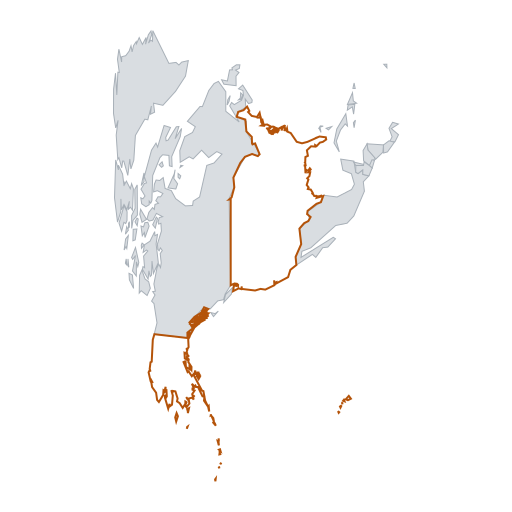 North America, with United States of America highlighted, rotated 270°
{"feature_id": "USA", "entity_name": "United States of America", "entity_type": "country or territory", "adm_level": 0, "iso_a3": "USA", "parent_name": "North America", "parent_adm1": "", "projection": "robinson", "projection_center": [-126.716, 45.186], "detail": "fine", "context": "in_parent", "style": "outline", "palette": "amber", "viewbox_px": 512, "rotation_deg": 270, "n_neighbors": 17, "source": "natural_earth", "source_scale": "50m", "svg_char_len": 13551}
<svg xmlns="http://www.w3.org/2000/svg" viewBox="0 0 512 512"><g transform="rotate(270 256 256)"><path d="M226.6,230.6L217.9,225.1L212.3,223.5L211.1,217.7L203.1,210.2L204.8,204.0L189.5,189.4L183.7,192.7L174.0,187.5L177.9,154.2L189.1,157.0L208.4,154.0L210.9,151.6L217.0,155.0L220.4,152.7L220.8,155.3L228.0,153.9L244.2,157.0L247.9,158.8L244.4,160.5L249.2,161.2L258.4,160.2L261.5,162.3L264.1,160.5L261.2,159.1L262.7,157.9L267.9,157.4L280.9,161.4L288.7,160.9L287.9,158.7L290.1,158.1L294.4,159.3L295.3,162.6L298.6,156.4L291.9,152.9L291.0,149.3L293.2,147.0L299.7,148.9L304.4,152.6L302.6,154.3L307.6,155.0L308.7,158.5L311.3,155.8L315.2,158.0L315.2,160.6L318.5,162.9L321.3,157.4L320.1,153.6L327.8,154.4L332.0,156.1L331.5,159.7L334.4,163.2L323.5,165.1L321.4,171.3L313.4,175.6L306.1,185.4L306.5,192.6L310.9,193.2L315.0,199.6L346.6,206.8L349.0,214.0L357.9,222.0L360.4,216.8L354.4,208.7L361.8,201.6L353.1,193.1L355.2,189.2L349.7,180.2L361.4,179.8L375.4,184.8L379.5,192.5L385.3,195.3L390.7,187.4L405.5,200.0L405.4,202.4L421.5,208.8L428.5,214.1L430.6,218.4L420.3,225.8L400.7,225.8L390.0,239.2L406.1,229.7L409.5,231.6L407.4,234.3L411.7,241.5L416.5,243.5L421.5,242.9L423.2,238.5L426.9,242.7L412.0,252.2L409.5,251.9L408.4,248.5L413.0,245.2L404.6,245.8L400.2,238.2L395.2,236.7L390.8,246.3L380.1,246.4L358.6,259.6L356.0,258.4L358.0,252.1L355.2,245.0L334.4,233.4L324.3,234.0L313.5,229.1L226.6,230.6ZM333.2,179.7L334.7,178.1L338.5,178.1L336.1,180.8L333.2,179.7ZM330.4,144.1L326.5,141.2L339.1,144.0L333.7,143.8L330.4,144.1ZM346.3,182.7L344.5,180.0L346.7,180.8L346.3,182.7ZM293.9,137.0L293.0,138.2L286.3,137.2L290.2,135.0L293.9,137.0ZM290.3,129.4L284.9,129.3L284.0,128.5L288.6,128.5L290.3,129.4ZM277.8,125.4L285.3,126.7L281.9,128.4L277.8,125.4ZM327.1,137.2L296.9,137.4L291.6,133.0L283.6,131.7L296.4,131.6L303.7,135.1L322.6,134.8L327.1,137.2ZM246.5,127.8L253.1,128.0L244.8,128.8L246.5,127.8ZM248.8,125.4L253.1,126.2L246.7,126.8L248.8,125.4ZM432.2,221.6L431.0,227.4L442.1,229.6L442.2,232.5L444.1,231.9L447.2,236.4L447.2,239.9L443.5,239.3L441.9,235.5L439.5,239.0L435.8,236.0L426.3,236.1L427.8,223.9L432.2,221.6ZM324.1,168.0L338.0,174.2L342.3,175.1L333.6,173.8L328.2,177.6L323.0,175.8L324.1,168.0ZM329.1,146.5L335.3,144.3L361.8,151.5L368.9,156.0L364.9,157.6L386.5,164.1L384.5,170.5L374.5,165.7L371.2,166.1L371.9,168.1L385.2,176.3L385.5,178.9L373.3,175.1L383.6,181.6L375.3,180.2L355.4,171.7L345.4,172.1L346.2,169.4L356.6,168.9L357.2,162.6L354.3,159.9L336.5,152.7L311.4,151.9L308.8,150.7L310.9,149.2L307.3,149.2L305.3,145.9L308.2,141.7L314.2,140.8L313.2,142.9L316.0,145.0L322.8,141.0L328.5,144.4L329.1,146.5ZM289.7,142.0L297.8,139.8L302.7,140.6L292.6,146.5L289.7,142.0ZM223.6,133.6L232.1,129.4L238.7,129.0L237.0,132.4L223.6,133.6ZM195.4,213.5L199.4,210.8L198.4,215.2L200.9,218.3L195.4,213.5ZM262.0,124.1L273.0,125.6L276.5,128.3L263.5,126.8L265.4,126.0L262.0,124.1ZM224.5,232.6L217.8,231.3L209.5,223.7L217.5,225.6L224.5,232.6ZM218.9,139.2L236.7,139.6L241.9,141.9L233.1,145.0L230.2,148.7L223.7,150.3L216.5,147.1L221.3,141.2L218.9,139.2ZM254.5,131.6L264.5,135.5L249.5,138.8L245.4,137.8L250.2,136.4L236.0,136.3L241.0,132.5L256.5,135.5L252.6,132.7L254.5,131.6ZM259.6,143.1L267.2,144.5L270.8,150.0L280.4,154.7L276.3,154.9L277.6,157.5L268.1,156.1L249.4,158.3L238.5,153.4L250.9,152.0L236.9,151.5L235.5,150.2L241.2,148.9L232.9,148.1L242.8,142.4L245.4,143.0L244.3,144.6L255.9,143.6L261.0,147.8L262.0,146.5L259.6,143.1ZM279.5,144.4L276.2,142.3L286.0,141.0L285.1,143.5L289.3,144.9L289.7,147.8L285.9,149.1L274.5,145.0L279.5,144.4ZM263.7,141.5L266.9,141.3L268.9,142.1L267.2,144.2L263.7,141.5ZM271.2,132.9L282.7,133.2L283.0,136.9L272.1,135.2L271.2,132.9ZM280.8,121.6L288.9,119.0L306.1,124.0L300.3,127.1L291.5,127.0L288.5,125.7L289.6,123.9L280.8,121.6ZM289.9,117.5L314.3,114.5L352.1,115.7L342.1,118.4L346.8,118.4L337.9,122.6L326.0,124.0L329.3,124.4L328.1,124.9L330.9,126.4L323.3,130.3L328.4,131.6L323.2,133.4L301.8,132.5L304.8,130.4L302.6,128.3L310.7,129.4L302.6,126.9L307.6,124.0L302.2,121.4L313.1,120.9L300.4,120.8L289.9,117.5ZM350.2,162.1L346.1,163.3L344.7,161.6L347.2,159.1L350.2,162.1ZM287.3,152.7L294.9,156.3L293.6,157.5L283.9,155.3L287.3,152.7ZM407.0,227.2L412.3,227.8L416.4,230.2L410.5,229.0L407.0,227.2ZM412.1,238.4L413.9,240.3L419.2,240.7L417.1,242.6L412.6,240.9L412.1,238.4Z" fill="#d9dde1" stroke="#a8b0b8" stroke-width="1"/><path d="M407.1,348.1L407.6,354.8L397.9,353.6L405.2,352.3L401.8,347.3L407.1,348.1Z" fill="#d9dde1" stroke="#a8b0b8" stroke-width="1"/><path d="M408.8,356.6L407.5,347.4L419.3,352.5L411.1,353.3L408.8,356.6Z" fill="#d9dde1" stroke="#a8b0b8" stroke-width="1"/><path d="M379.6,321.0L383.1,319.3L383.3,320.4L379.6,321.0ZM383.2,318.5L386.1,320.3L385.9,323.2L385.0,320.6L383.2,318.5ZM382.1,328.5L383.7,326.1L385.4,331.7L382.1,328.5Z" fill="#d9dde1" stroke="#a8b0b8" stroke-width="1"/><path d="M384.1,115.7L398.6,113.5L422.8,113.6L438.8,115.5L417.1,116.8L439.8,117.9L439.5,119.3L452.7,117.5L462.8,118.9L450.0,121.6L455.3,121.7L456.3,125.7L460.8,129.1L466.2,131.0L460.1,132.1L466.5,133.6L470.4,136.2L468.3,136.5L474.4,139.2L467.6,142.4L474.5,146.1L467.8,145.6L477.3,148.4L481.0,151.0L477.1,151.7L468.9,148.5L471.9,150.8L470.7,152.5L481.3,152.8L448.6,168.9L449.6,176.0L447.0,178.9L449.9,181.7L451.4,188.3L435.9,185.5L420.6,175.5L406.7,162.9L408.8,153.5L399.8,154.6L397.8,150.5L406.0,151.4L392.2,147.8L392.8,144.8L376.6,135.4L351.8,133.8L343.1,130.9L353.0,129.8L336.6,127.8L350.9,123.8L351.0,122.7L344.2,121.7L354.3,118.9L352.4,117.8L376.9,116.2L391.7,118.1L384.1,115.7Z" fill="#d9dde1" stroke="#a8b0b8" stroke-width="1"/><path d="M247.0,296.4L255.1,295.6L267.9,301.2L283.2,299.5L292.6,309.5L300.3,307.5L310.2,321.2L316.8,323.2L315.0,337.1L322.5,351.6L327.8,354.4L338.3,351.4L341.8,342.9L352.9,340.7L350.9,353.9L339.9,355.7L338.4,358.0L342.2,362.8L337.6,362.8L336.2,368.9L330.2,363.3L320.8,364.4L296.0,353.8L288.8,347.1L286.5,335.7L264.2,310.8L260.7,301.9L254.6,301.0L274.7,333.3L273.2,335.5L264.9,327.8L264.3,322.7L254.6,315.8L257.6,312.4L247.0,296.4Z" fill="#d9dde1" stroke="#a8b0b8" stroke-width="1"/><path d="M389.7,392.6L388.0,398.4L383.4,391.3L377.3,398.5L370.3,395.0L369.8,389.4L375.2,392.1L383.7,389.0L389.7,392.6Z" fill="#d9dde1" stroke="#a8b0b8" stroke-width="1"/><path d="M371.2,389.0L369.8,394.4L360.1,387.5L359.0,383.6L367.1,383.5L371.2,389.0Z" fill="#d9dde1" stroke="#a8b0b8" stroke-width="1"/><path d="M367.1,383.5L359.8,382.9L352.6,375.5L362.0,367.9L368.2,367.1L367.1,383.5Z" fill="#d9dde1" stroke="#a8b0b8" stroke-width="1"/><path d="M368.2,367.1L362.0,367.9L353.8,375.2L346.4,369.4L351.2,363.6L361.5,363.1L368.2,367.1Z" fill="#d9dde1" stroke="#a8b0b8" stroke-width="1"/><path d="M346.4,369.4L352.2,372.0L351.7,374.5L343.9,372.2L346.4,369.4Z" fill="#d9dde1" stroke="#a8b0b8" stroke-width="1"/><path d="M336.2,368.9L337.6,362.8L342.2,362.8L338.4,358.0L339.9,355.7L346.5,355.8L346.5,363.5L350.1,364.1L346.4,369.4L343.9,372.2L336.2,368.9Z" fill="#d9dde1" stroke="#a8b0b8" stroke-width="1"/><path d="M346.5,355.8L350.0,353.6L347.6,363.5L346.5,363.5L346.5,355.8Z" fill="#d9dde1" stroke="#a8b0b8" stroke-width="1"/><path d="M423.6,352.9L429.0,354.1L423.5,355.2L423.6,352.9Z" fill="#d9dde1" stroke="#a8b0b8" stroke-width="1"/><path d="M384.3,354.1L389.3,353.4L391.9,355.4L384.3,354.1Z" fill="#d9dde1" stroke="#a8b0b8" stroke-width="1"/><path d="M369.1,334.0L383.0,336.8L398.3,345.8L385.9,347.5L388.1,345.2L382.0,340.5L370.9,336.3L360.1,339.3L369.1,334.0Z" fill="#d9dde1" stroke="#a8b0b8" stroke-width="1"/><path d="M444.2,386.9L447.7,383.8L447.8,386.8L444.2,386.9Z" fill="#d9dde1" stroke="#a8b0b8" stroke-width="1"/><path d="M380.6,246.4L392.5,245.3L395.2,236.7L400.1,238.2L401.8,243.5L405.4,247.1L401.1,249.3L400.0,248.1L396.1,251.7L395.0,257.0L399.2,259.6L395.4,260.4L394.4,259.1L394.4,260.8L389.9,261.2L386.9,263.3L387.0,262.1L386.5,261.3L386.2,264.2L387.3,264.7L387.5,267.2L385.8,270.3L383.0,268.4L384.1,266.4L382.7,267.8L383.7,270.0L385.0,271.2L385.4,272.6L383.4,277.8L383.7,274.5L380.9,271.5L381.8,268.3L379.7,269.2L381.4,274.0L378.9,272.6L378.2,272.7L378.6,271.2L378.5,270.8L377.9,271.9L378.1,272.9L381.8,274.8L378.8,273.7L381.9,276.1L380.4,276.3L382.3,278.2L382.0,278.4L381.1,277.5L378.9,277.0L381.8,278.8L383.4,278.7L385.8,283.1L383.8,279.7L384.6,281.9L381.5,281.5L385.0,283.0L384.0,285.0L381.0,284.3L382.9,285.3L381.6,286.3L383.5,287.0L380.3,287.5L379.0,290.7L370.2,296.7L368.7,302.0L370.1,307.4L375.5,319.5L374.7,325.8L372.5,326.2L370.1,322.8L369.4,319.9L366.0,316.7L366.9,315.2L365.4,315.3L365.7,311.1L361.7,306.9L356.2,307.9L355.0,305.4L349.5,305.2L350.1,304.3L349.2,305.2L346.8,305.6L346.6,303.8L346.3,305.1L338.8,305.5L342.1,306.4L341.2,308.1L343.7,309.8L342.6,310.7L339.7,308.4L339.7,310.2L335.9,309.4L333.7,307.2L332.5,308.4L327.0,306.7L324.0,309.1L324.7,308.4L323.0,307.8L322.4,310.8L319.2,312.7L317.7,311.8L318.6,312.8L316.1,314.1L315.4,317.4L314.2,316.8L316.0,323.2L309.8,320.9L308.2,316.5L301.2,307.6L297.9,307.1L295.0,310.6L290.9,308.3L288.9,304.2L283.4,299.4L267.9,301.2L255.1,295.6L247.0,296.4L242.2,290.4L234.9,288.1L228.5,276.2L229.9,276.4L229.1,274.3L231.7,274.1L226.8,274.4L222.4,265.3L223.1,260.5L221.5,255.1L223.1,241.6L225.6,241.8L222.9,241.3L223.6,238.6L220.8,233.1L226.8,234.0L225.8,237.0L227.6,234.9L227.5,237.3L226.1,238.0L227.2,238.1L228.2,237.0L228.5,234.5L226.7,230.7L312.7,230.7L312.5,229.2L314.6,231.6L324.7,234.3L334.4,233.4L349.1,240.3L355.2,245.0L358.0,252.1L355.9,257.8L357.7,259.6L368.6,255.1L367.6,252.5L368.6,252.0L375.1,251.8L380.6,246.4ZM204.7,204.1L203.0,208.3L201.6,206.8L202.5,206.2L201.8,203.3L199.5,204.1L198.5,205.3L200.3,202.9L196.7,199.7L194.8,199.2L194.4,197.5L195.9,197.8L194.7,196.8L195.7,196.6L193.3,195.9L193.9,194.2L191.3,194.4L189.8,190.8L190.3,195.2L188.0,194.6L187.4,192.2L187.1,193.3L185.0,192.3L187.5,194.4L185.9,195.2L177.1,190.3L178.1,188.8L178.6,190.1L179.5,189.3L178.3,188.6L175.4,189.7L172.7,188.2L164.9,188.6L162.9,187.4L163.7,186.2L162.0,187.3L158.4,186.0L159.2,184.5L153.6,184.8L152.4,186.9L154.3,186.9L152.7,188.7L150.0,188.3L145.1,191.5L142.2,191.4L145.1,189.5L142.8,189.5L145.0,185.9L151.4,185.5L148.9,184.4L150.8,183.2L139.9,187.6L140.7,188.6L135.8,191.8L137.6,193.3L121.4,202.0L120.9,203.4L111.5,205.1L105.4,208.0L111.3,204.0L115.3,204.4L115.7,202.5L125.0,198.0L125.0,196.0L126.4,195.4L125.6,194.6L128.2,191.9L123.8,193.8L123.1,192.9L124.4,192.5L122.3,192.5L121.5,194.6L117.9,192.2L112.5,193.7L114.3,192.0L113.2,187.6L114.9,186.2L112.4,187.7L112.5,188.7L108.5,189.4L105.1,186.7L107.1,185.4L109.8,186.5L110.5,185.4L106.2,185.3L107.1,184.6L104.1,182.7L108.9,179.6L110.6,177.0L113.5,177.6L120.6,175.4L121.0,173.2L119.8,172.6L121.8,171.3L116.5,172.8L107.3,172.0L105.8,170.0L108.1,169.5L103.3,168.2L114.1,165.0L116.1,164.9L116.3,165.1L114.8,166.3L115.6,166.8L122.8,166.4L120.9,165.8L119.4,164.0L120.1,163.8L121.6,165.5L125.2,165.6L121.1,164.6L121.8,163.5L117.1,163.2L110.0,158.9L112.1,157.1L119.3,156.1L124.9,152.1L129.6,151.3L129.9,152.3L131.4,151.5L129.8,151.1L130.9,150.6L139.7,148.6L141.7,149.6L140.4,150.5L143.2,149.7L149.7,150.5L150.3,151.7L172.3,152.8L177.8,154.4L174.0,187.5L179.4,187.4L183.7,192.8L189.5,189.4L195.2,194.6L199.5,201.4L204.7,204.1ZM135.8,196.7L140.3,197.7L138.2,198.0L138.8,198.6L137.0,199.0L135.6,199.7L134.7,200.7L135.3,199.9L132.9,198.6L134.9,197.5L135.9,198.7L135.8,196.7ZM194.4,202.4L198.3,205.6L197.4,205.2L197.0,205.6L198.9,206.6L198.7,208.5L193.9,204.5L195.2,203.9L193.8,203.8L194.4,202.4ZM113.3,350.9L111.8,347.9L112.7,345.8L116.1,348.8L113.3,350.9ZM90.5,176.2L94.6,175.2L98.9,176.6L95.8,177.9L90.5,176.2ZM186.0,196.2L190.6,196.1L189.5,197.0L190.6,198.1L188.8,197.4L187.7,198.2L186.0,196.2ZM102.8,187.2L103.8,189.0L98.9,187.9L100.6,187.8L102.8,187.2ZM189.1,197.9L191.3,201.0L191.1,202.8L189.0,199.0L187.9,199.9L189.1,197.9ZM190.8,194.8L192.7,195.6L193.8,197.5L192.5,196.0L193.6,198.5L192.0,199.7L190.8,194.8ZM100.5,209.2L105.3,208.1L106.0,208.7L100.5,209.2ZM201.1,203.8L201.2,206.6L199.4,206.6L201.1,203.8ZM391.5,262.4L393.4,262.1L386.9,263.8L392.1,261.7L391.5,262.4ZM193.3,199.9L196.3,200.3L195.1,200.5L195.5,201.9L193.3,199.9ZM90.6,213.9L96.0,211.5L93.9,213.3L90.6,213.9ZM139.1,194.6L141.5,195.2L137.3,195.8L139.1,194.6ZM192.1,200.5L193.9,201.2L192.5,203.4L192.1,200.5ZM90.2,213.8L88.3,215.0L86.3,215.8L89.4,213.2L90.2,213.8ZM197.9,201.8L197.8,203.9L196.9,202.9L197.9,201.8ZM110.7,344.5L111.2,343.1L112.2,343.9L110.7,344.5ZM70.3,218.5L66.6,218.9L70.8,217.7L70.3,218.5ZM195.6,206.6L196.6,208.6L194.6,206.3L195.6,206.6ZM105.5,340.0L106.6,341.6L104.4,340.5L105.5,340.0ZM155.3,189.0L156.5,187.3L157.1,187.6L155.3,189.0ZM30.7,215.4L32.6,215.1L33.4,215.7L30.7,215.4ZM100.8,338.0L99.8,339.2L99.2,338.7L100.8,338.0ZM62.3,219.0L62.7,220.0L61.0,220.5L62.3,219.0ZM59.2,219.6L57.8,220.2L57.6,219.4L59.2,219.6ZM83.2,186.8L85.1,187.2L85.4,187.6L83.2,186.8ZM158.3,186.9L159.6,187.1L157.9,187.2L158.3,186.9ZM197.1,202.0L196.3,202.7L195.9,202.3L197.1,202.0ZM193.7,205.5L195.1,205.5L193.9,206.4L193.7,205.5ZM70.7,218.5L72.6,218.6L73.6,218.7L71.1,218.8L70.7,218.5ZM107.7,342.4L108.9,342.1L109.8,342.3L107.7,342.4ZM61.0,219.3L59.0,220.2L61.0,219.3ZM227.3,233.1L228.1,234.6L228.1,234.9L226.9,233.7L227.3,233.1ZM97.7,210.9L96.7,211.1L96.5,210.7L97.7,210.9ZM316.6,322.1L315.6,319.4L315.6,317.9L315.8,319.5L316.6,322.1ZM115.9,194.0L115.4,193.6L116.7,193.2L115.9,194.0ZM48.4,220.5L49.2,221.4L47.7,220.3L48.4,220.5ZM137.7,199.4L136.8,199.9L136.6,199.7L137.0,199.2L137.7,199.4ZM44.8,219.2L43.7,219.3L45.3,218.6L44.8,219.2ZM316.0,316.5L315.6,317.7L316.5,315.4L316.0,316.5ZM373.9,315.5L374.9,317.9L373.7,315.2L373.9,315.5ZM386.3,284.6L385.7,285.5L385.9,283.3L386.3,284.6ZM385.3,273.6L384.7,274.9L385.3,273.2L385.3,273.6Z" fill="none" stroke="#b45309" stroke-width="2"/></g></svg>